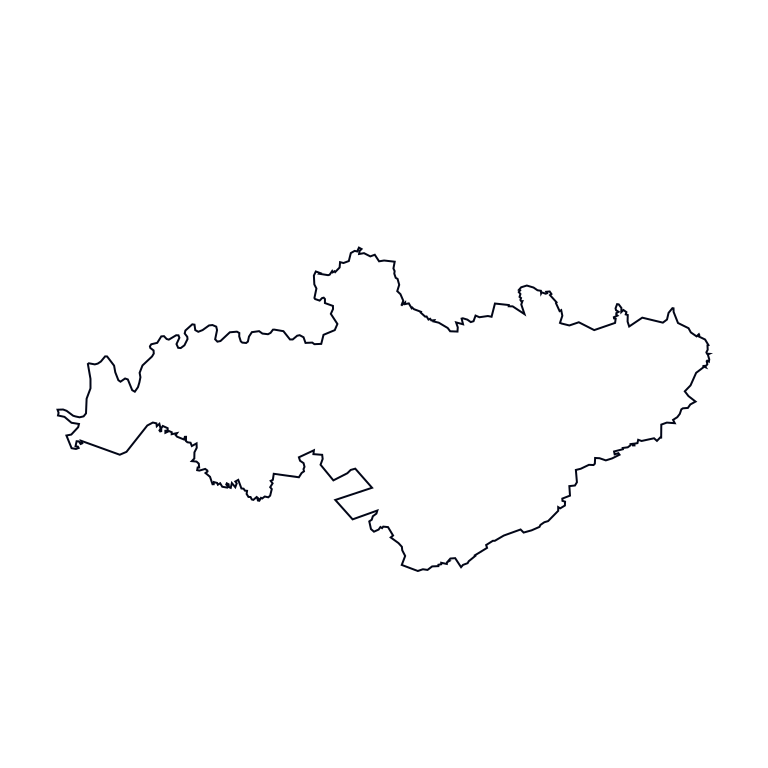 outline of Tezonapa, Veracruz, Mexico, rotated 109°
{"feature_id": "50627088B71934722124571", "entity_name": "Tezonapa", "entity_type": "district", "adm_level": 2, "iso_a3": "MEX", "parent_name": "Mexico", "parent_adm1": "Veracruz", "projection": "albers", "projection_center": [-96.777, 18.559], "detail": "fine", "context": "isolated", "style": "outline", "palette": "ink", "viewbox_px": 768, "rotation_deg": 109, "n_neighbors": 0, "source": "geoboundaries", "source_scale": "gbopen_adm2", "svg_char_len": 6123}
<svg xmlns="http://www.w3.org/2000/svg" viewBox="0 0 768 768"><g transform="rotate(109 384 384)"><path d="M534.9,475.4L534.3,473.4L536.2,471.4L536.1,469.8L532.3,467.6L533.2,465.4L533.7,466.3L535.2,465.3L535.0,463.9L531.7,463.2L531.9,461.9L529.2,460.1L528.8,456.5L526.6,455.3L519.9,455.9L518.6,458.0L514.2,457.0L512.5,459.6L510.8,457.9L504.8,459.0L499.9,434.1L494.9,432.9L492.6,431.2L490.7,432.4L488.2,432.2L485.0,434.3L483.9,438.4L481.0,440.6L469.5,428.7L473.3,427.9L471.1,419.4L474.8,417.6L481.0,417.7L491.6,400.5L480.3,389.6L476.1,387.5L473.4,383.6L486.0,361.5L509.5,392.3L522.2,369.6L505.8,349.1L509.0,349.0L512.7,351.5L516.3,351.4L518.7,353.2L525.4,349.1L526.9,345.4L523.4,341.7L520.4,340.8L520.9,338.9L519.1,338.3L518.0,333.6L524.3,326.1L526.9,327.7L529.7,318.5L532.1,314.1L535.3,312.6L539.7,308.0L549.3,308.3L549.8,291.2L546.5,286.9L545.6,282.3L540.8,279.1L538.5,273.3L537.2,273.7L535.8,271.2L534.4,271.7L533.7,266.0L532.1,266.4L529.9,264.5L529.8,265.4L527.4,264.4L525.5,260.0L532.1,251.5L529.3,250.4L526.2,246.6L524.0,246.2L516.8,241.7L516.4,242.3L505.4,233.2L503.0,235.0L496.8,230.0L496.2,228.2L488.3,221.4L477.1,207.5L479.0,203.6L474.3,196.8L468.5,190.5L466.3,190.2L462.5,187.4L460.2,184.2L447.2,178.0L443.7,179.2L444.2,176.9L440.0,173.4L436.3,174.5L436.4,177.2L434.3,178.1L429.0,171.8L420.2,175.5L417.8,170.4L414.1,169.6L402.8,174.6L400.1,170.4L393.7,163.9L392.4,159.5L390.7,158.7L385.2,160.3L384.0,156.0L384.0,149.4L380.1,144.1L374.2,138.3L373.1,139.9L375.4,143.0L372.9,144.5L367.9,136.9L366.8,137.5L364.5,132.9L361.7,131.0L360.6,131.4L359.6,129.4L361.0,128.7L360.5,127.2L358.9,127.9L357.4,125.1L354.0,125.5L354.0,121.9L347.4,111.0L348.9,107.4L344.0,105.1L345.3,104.2L332.1,108.6L328.4,104.0L326.4,96.3L323.8,99.0L319.9,95.9L316.0,94.6L311.2,94.6L309.7,93.5L307.7,88.9L303.6,87.7L299.2,83.7L296.3,92.2L293.0,97.2L285.5,93.7L271.8,92.5L264.5,87.6L263.4,87.8L263.5,85.4L262.5,86.8L261.9,85.4L260.1,84.7L257.4,86.3L256.7,86.0L257.1,84.1L254.8,84.5L250.7,87.4L249.6,86.3L250.2,88.5L249.1,89.5L246.2,89.1L242.2,90.7L241.6,89.9L237.4,94.9L236.5,102.5L235.1,101.8L234.4,102.5L237.2,104.0L235.3,110.7L232.1,114.2L230.6,125.9L221.6,133.6L218.2,134.9L218.4,136.0L224.1,138.1L230.9,137.4L235.2,140.3L237.2,161.4L249.8,170.9L245.7,174.0L239.4,176.0L239.5,178.1L237.1,178.2L236.1,181.7L238.7,183.0L234.8,184.3L232.3,188.0L232.6,189.6L237.1,189.7L238.7,188.6L239.4,185.7L241.3,187.4L242.7,187.0L243.3,185.5L246.0,188.4L247.1,187.8L246.9,186.2L251.0,185.4L264.6,202.8L262.2,219.9L268.3,227.8L269.0,235.8L268.9,237.5L261.4,237.6L256.5,240.5L257.9,241.7L251.5,247.8L250.6,247.4L245.9,256.0L244.4,255.0L242.6,257.5L244.0,260.6L245.1,259.4L246.0,260.5L246.0,264.7L247.2,264.9L244.8,266.0L245.4,269.4L244.1,274.0L244.4,281.0L247.9,285.8L251.1,287.1L251.2,285.8L253.2,286.5L254.5,284.3L257.5,284.2L258.1,282.4L260.1,282.4L261.1,281.1L260.6,280.1L264.1,280.1L272.2,273.9L268.7,287.6L269.9,291.4L268.7,291.7L271.8,305.3L285.4,304.2L285.9,307.9L289.8,315.5L289.5,319.7L295.5,319.8L297.2,322.1L296.0,326.1L296.2,330.9L296.9,331.9L301.8,328.7L302.3,335.9L306.4,332.7L310.5,331.6L312.6,338.6L310.3,342.0L308.2,352.2L308.7,357.5L307.3,357.2L308.5,359.9L307.3,361.6L308.6,362.9L306.3,365.7L306.9,367.0L304.5,372.6L303.7,372.5L303.5,380.1L302.5,382.3L303.3,382.6L299.7,386.8L301.6,390.1L300.0,390.6L304.2,393.1L299.0,392.9L293.7,397.7L291.9,401.7L285.3,401.9L280.2,405.4L279.8,407.5L276.3,410.2L273.8,410.7L271.7,412.7L264.9,413.7L267.2,424.1L269.6,428.6L264.8,434.8L267.8,438.5L266.8,445.5L269.2,449.9L266.2,450.4L263.7,449.2L263.2,452.1L267.4,452.5L267.7,455.1L271.0,458.0L279.2,457.3L282.8,461.7L283.1,465.2L288.3,463.9L294.1,466.6L293.5,467.5L295.1,468.8L294.1,469.8L298.4,471.0L299.3,472.3L300.8,480.9L299.9,480.3L299.8,485.1L304.3,485.6L312.5,482.3L315.7,479.0L325.3,477.8L326.1,476.8L326.1,472.0L322.9,470.5L322.0,469.1L322.9,467.5L326.7,466.2L326.8,457.7L329.7,456.6L335.0,457.1L342.4,447.6L349.1,448.1L357.2,457.2L366.5,456.4L369.0,462.8L368.2,465.3L370.7,471.6L366.0,475.3L365.3,479.6L366.6,481.8L371.6,484.8L372.5,487.4L366.8,496.3L368.3,505.5L368.8,506.7L372.6,507.9L374.7,509.9L375.9,515.4L374.7,519.3L378.0,525.8L383.1,527.1L388.2,526.5L390.1,527.7L391.0,531.5L390.3,533.3L386.1,536.4L382.9,537.4L382.4,540.1L385.3,546.6L396.6,552.6L398.2,555.3L396.7,558.2L387.4,559.4L384.4,561.3L384.1,565.4L385.6,568.5L392.1,573.1L395.1,576.6L394.5,580.0L389.6,582.5L390.0,584.7L398.1,589.2L401.1,588.9L403.4,585.4L405.5,584.4L412.4,585.3L416.2,587.9L416.8,590.4L413.8,593.2L406.9,592.5L404.9,594.2L405.6,596.4L412.1,601.9L412.2,604.2L410.4,607.6L411.5,610.1L418.9,611.8L422.2,617.0L424.6,617.6L426.0,616.7L427.3,612.8L430.2,611.6L433.5,612.3L445.1,618.4L453.0,618.7L456.9,616.5L462.2,615.8L467.1,615.6L472.4,617.1L471.8,620.1L463.1,627.7L463.1,630.6L467.6,633.9L466.9,636.4L460.4,641.9L454.5,645.2L448.1,654.8L448.7,656.7L454.9,659.0L457.9,661.3L459.6,663.8L460.5,669.8L461.5,670.5L474.7,663.2L483.7,660.1L494.7,660.4L508.8,656.2L512.4,657.5L514.6,661.0L515.1,665.1L515.2,667.6L512.7,675.4L512.6,679.1L514.6,684.3L517.2,682.3L519.9,682.0L519.1,675.4L522.4,666.9L521.1,659.4L524.4,659.1L533.6,663.2L536.1,667.5L546.4,658.5L545.7,654.1L543.9,651.9L542.9,653.0L543.3,655.4L538.2,656.0L537.6,653.8L539.5,651.3L538.3,650.0L536.3,651.9L536.9,610.8L532.0,605.4L500.3,594.3L495.7,590.0L495.3,586.4L497.9,585.1L494.8,583.4L498.9,580.7L501.0,581.2L501.7,580.2L501.1,579.3L498.3,580.2L495.7,579.5L496.2,574.2L498.4,573.3L499.4,575.5L501.3,574.8L498.5,571.9L498.7,569.0L500.6,568.4L497.8,563.7L500.1,564.4L501.2,562.5L501.6,555.0L498.8,555.1L498.4,554.0L502.4,552.7L503.1,550.9L502.5,547.8L505.2,545.5L501.2,541.9L505.3,540.3L510.3,541.0L516.2,539.1L519.5,540.6L518.4,536.0L519.6,533.2L523.1,531.6L523.6,533.0L526.3,532.6L526.0,530.4L522.5,525.4L523.3,522.9L524.2,522.4L526.3,523.8L528.4,518.3L534.6,513.5L534.2,512.4L532.1,512.9L531.9,509.6L533.3,508.3L531.2,506.6L533.8,503.5L533.0,498.5L531.6,498.2L530.4,500.4L529.1,500.3L529.4,498.3L532.0,497.1L532.1,495.1L527.2,495.6L530.0,491.0L525.9,490.9L524.6,492.8L522.1,490.6L529.2,484.8L528.7,482.7L530.1,480.8L529.6,478.7L532.7,478.1L534.9,475.4Z" fill="none" stroke="#020617" stroke-width="2"/></g></svg>